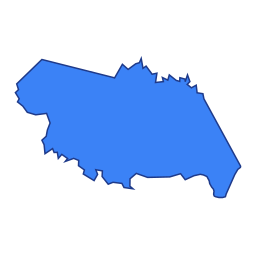 outline of San Patricio, Texas, United States of America
{"feature_id": "52423323B23065911216534", "entity_name": "San Patricio", "entity_type": "district", "adm_level": 2, "iso_a3": "USA", "parent_name": "United States of America", "parent_adm1": "Texas", "projection": "equal_earth", "projection_center": [-97.499, 28.001], "detail": "fine", "context": "isolated", "style": "filled", "palette": "blue", "viewbox_px": 256, "rotation_deg": 0, "n_neighbors": 0, "source": "geoboundaries", "source_scale": "gbopen_adm2", "svg_char_len": 1218}
<svg xmlns="http://www.w3.org/2000/svg" viewBox="0 0 256 256"><path d="M47.4,130.0L46.2,136.3L41.9,140.2L44.1,144.7L45.0,153.7L52.6,148.6L54.1,152.5L57.3,152.3L58.3,158.4L61.8,154.4L67.6,158.5L65.3,161.4L73.7,158.4L78.7,160.4L78.5,165.7L84.4,169.9L83.3,174.0L94.1,180.6L97.6,174.4L95.8,169.7L102.4,170.9L102.1,176.5L108.2,184.2L113.0,182.3L121.9,183.4L124.0,187.5L133.0,188.8L129.9,186.2L130.0,178.8L136.3,173.4L147.6,177.4L169.8,176.9L180.6,173.7L185.2,179.7L194.0,175.7L200.2,174.3L203.3,174.9L206.9,176.5L209.2,180.8L209.7,183.6L211.6,187.0L213.4,189.1L214.0,191.2L213.7,193.3L213.7,194.7L214.3,196.1L215.6,196.7L218.9,197.5L222.6,197.5L225.4,196.7L226.2,193.9L234.7,174.7L237.8,169.4L240.4,167.4L240.6,166.2L203.9,98.8L202.9,93.7L197.1,92.8L196.2,85.2L191.4,87.8L187.2,84.4L189.9,81.6L187.5,74.9L185.2,81.7L185.1,79.1L179.9,77.7L179.7,81.4L176.2,80.4L169.3,74.9L167.8,80.1L162.4,77.5L163.4,81.6L155.5,82.5L156.9,73.2L152.1,74.2L146.1,66.1L143.0,68.3L141.2,58.5L139.4,62.7L135.7,63.8L128.1,69.4L122.4,64.3L114.6,77.9L114.4,77.8L41.9,59.5L16.7,83.9L18.5,89.6L15.4,92.6L19.2,98.8L17.5,101.9L22.8,106.1L27.3,112.3L35.7,114.8L46.6,113.4L50.1,123.0L47.4,130.0Z" fill="#3b82f6" stroke="#1e3a8a" stroke-width="1.5"/></svg>